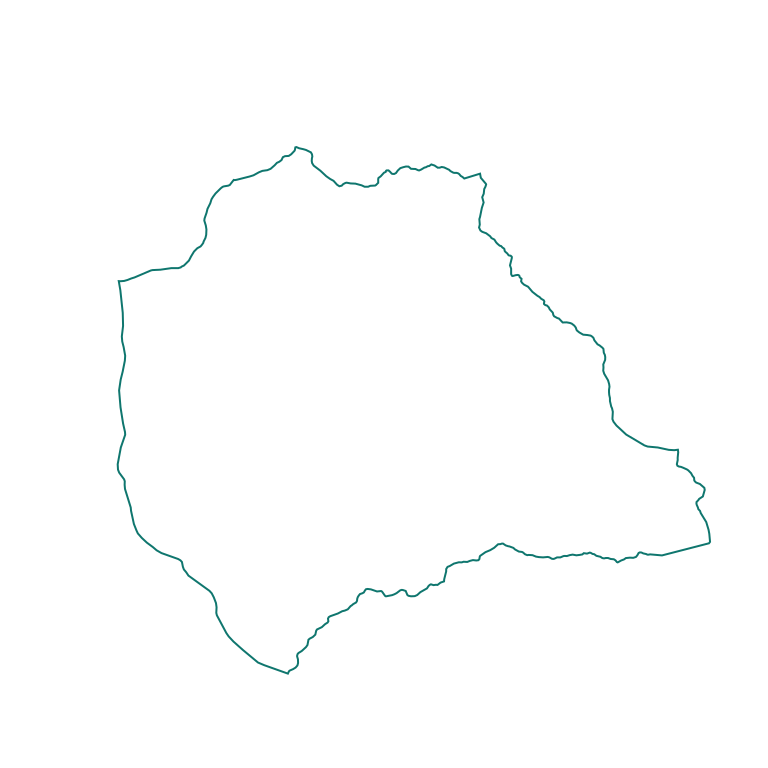 Passabe, Ambeno, East Timor (Natural Earth projection), rotated 254°
{"feature_id": "22284137B78589082369873", "entity_name": "Passabe", "entity_type": "district", "adm_level": 2, "iso_a3": "TLS", "parent_name": "East Timor", "parent_adm1": "Ambeno", "projection": "natural_earth1", "projection_center": [124.316, -9.462], "detail": "fine", "context": "isolated", "style": "outline", "palette": "teal", "viewbox_px": 768, "rotation_deg": 254, "n_neighbors": 0, "source": "geoboundaries", "source_scale": "gbopen_adm2", "svg_char_len": 6166}
<svg xmlns="http://www.w3.org/2000/svg" viewBox="0 0 768 768"><g transform="rotate(254 384 384)"><path d="M132.1,211.8L134.0,213.4L134.5,214.4L135.0,218.1L135.8,220.9L137.3,223.2L139.5,224.5L143.1,225.4L146.1,225.4L147.0,225.7L148.3,226.6L149.0,227.7L150.0,231.3L152.6,236.5L154.2,238.5L159.0,240.9L159.7,242.4L160.4,245.8L162.0,248.9L165.5,250.8L166.5,251.9L167.4,257.2L169.4,261.2L170.2,264.0L171.2,265.1L173.9,265.5L175.1,266.6L175.6,268.3L176.1,276.4L177.1,281.2L177.0,283.9L177.4,287.1L179.8,290.8L180.0,291.8L180.9,293.7L181.7,297.0L183.0,298.3L185.0,299.1L186.3,300.0L187.5,301.3L188.7,303.0L188.8,305.5L189.2,307.2L190.8,308.8L191.7,310.2L191.5,311.8L190.2,314.8L186.5,320.1L185.8,324.1L185.0,324.9L180.1,326.6L179.5,327.1L179.3,327.8L178.8,333.6L179.0,335.9L179.5,338.4L181.2,342.8L181.2,344.3L180.8,345.3L179.1,347.8L174.8,348.3L173.7,349.1L172.5,351.4L171.6,355.1L172.0,357.8L173.9,361.6L175.7,369.0L177.6,371.2L178.3,372.7L178.5,373.9L177.0,376.2L176.7,378.5L176.1,380.1L177.5,383.6L177.7,387.3L179.8,388.1L186.7,392.1L189.0,392.8L190.7,394.7L190.9,397.0L192.1,401.7L192.0,406.8L191.1,409.6L191.2,411.5L190.0,415.0L190.3,417.9L190.2,421.0L188.9,424.1L188.6,426.2L189.4,427.4L191.7,428.5L192.3,429.1L194.4,435.2L195.0,440.3L196.2,444.8L198.5,449.5L198.0,451.8L198.1,453.4L197.8,454.4L195.3,456.5L193.8,458.7L193.3,459.8L190.8,463.2L188.9,464.3L185.8,467.4L184.5,470.4L183.6,471.3L181.5,472.6L180.0,474.5L179.8,476.0L178.5,479.6L176.2,482.5L174.9,485.2L173.5,489.1L172.6,493.8L171.7,495.3L169.8,497.1L169.2,498.4L169.1,499.6L169.6,502.5L168.7,505.7L169.1,509.0L169.0,510.1L168.2,512.4L168.3,515.4L168.0,518.3L166.3,521.7L165.8,524.8L165.5,527.7L166.3,529.4L165.0,532.4L165.2,535.4L164.6,536.3L163.2,537.6L162.4,539.2L160.3,540.8L158.2,544.5L156.9,545.5L156.2,546.4L155.7,547.6L155.6,549.3L155.0,551.4L153.3,553.7L152.2,556.6L150.7,557.9L148.6,558.8L148.1,559.5L149.0,563.4L149.2,566.3L150.0,568.5L149.3,572.5L148.2,575.7L148.3,578.5L149.5,580.3L151.4,582.2L151.6,583.6L151.0,585.1L149.7,586.5L148.3,589.1L147.4,590.1L147.0,591.3L146.9,592.8L142.6,604.0L141.3,652.5L142.4,653.9L150.3,655.4L154.4,655.8L162.5,655.7L172.6,652.9L174.9,652.8L177.0,651.7L178.8,651.7L181.7,651.3L183.1,651.4L184.4,651.9L185.7,654.1L186.7,655.3L188.0,659.5L193.8,663.1L195.9,663.3L200.8,660.1L203.2,656.9L204.9,655.9L205.9,655.7L208.4,656.2L210.8,655.2L213.6,654.6L217.1,652.7L218.4,651.6L221.1,648.4L222.5,646.6L223.4,644.7L224.6,643.5L226.2,643.4L230.0,645.4L232.0,645.9L237.3,648.0L239.8,648.4L240.4,644.7L242.2,639.6L247.5,629.7L251.2,620.2L253.2,617.4L268.6,602.9L280.0,596.0L284.5,594.2L287.3,593.9L294.2,596.3L297.8,596.5L299.7,596.2L305.3,596.5L308.2,597.3L311.4,597.5L313.9,598.0L316.4,598.7L319.2,600.0L321.8,600.4L325.7,600.4L333.1,598.5L336.3,598.4L339.3,599.5L342.4,600.2L346.2,603.2L348.9,604.1L351.1,604.3L353.5,603.9L357.2,604.6L358.6,604.0L361.6,601.9L363.3,600.2L367.9,598.3L370.8,598.0L372.8,596.7L373.6,595.9L375.1,592.8L376.5,589.1L377.3,588.3L379.8,585.9L382.1,584.3L382.9,584.0L385.4,583.9L387.7,583.0L390.3,581.1L391.4,579.6L392.9,576.6L393.9,572.7L398.7,570.2L399.6,568.8L402.2,566.2L403.7,565.8L406.1,565.9L410.0,563.9L412.3,563.5L414.5,562.3L415.4,560.8L416.7,559.9L417.2,559.9L419.2,560.9L420.5,560.6L422.6,558.6L424.7,557.5L426.5,555.8L431.6,552.1L437.8,549.3L440.9,546.0L443.2,544.6L444.9,544.1L447.2,545.2L449.2,543.9L450.9,543.9L451.6,543.3L452.0,542.6L452.3,540.6L452.3,537.5L452.8,536.8L454.6,536.5L459.8,538.0L463.3,537.8L469.7,541.5L470.8,541.9L471.3,541.8L472.4,541.1L473.1,539.6L473.5,539.2L475.5,538.5L477.6,537.1L478.7,536.7L480.5,536.9L481.4,536.5L482.5,535.5L484.3,534.6L485.1,533.3L487.7,531.6L489.3,530.8L492.4,529.9L494.7,527.5L496.7,526.8L500.7,523.8L503.2,520.4L505.0,519.0L508.2,518.5L510.8,520.0L516.2,521.1L518.2,522.4L526.3,526.6L531.0,529.8L536.5,529.9L539.4,532.3L543.8,534.1L545.7,535.9L547.7,537.2L548.4,537.1L555.5,533.9L559.7,534.3L559.4,517.8L561.3,516.6L562.9,515.1L565.0,514.2L566.1,513.3L567.0,511.9L567.6,509.7L568.1,508.8L570.4,506.5L571.9,505.7L575.6,501.5L576.7,499.3L576.6,497.3L577.1,495.3L580.1,492.8L582.0,490.0L581.1,487.6L581.3,486.0L580.8,484.0L580.9,482.5L579.9,478.9L579.6,476.6L580.1,475.7L582.0,473.5L583.4,469.3L586.2,467.5L587.0,465.1L587.1,462.2L587.0,459.2L585.4,456.1L583.5,453.7L583.1,451.8L583.5,450.4L584.1,449.4L586.4,448.3L588.1,447.2L588.6,445.5L588.4,444.8L587.4,444.1L587.1,442.2L584.5,438.0L583.6,435.5L582.6,434.9L579.0,433.9L577.4,431.0L577.2,430.2L578.3,425.4L578.0,423.2L579.0,419.7L581.1,417.3L584.5,411.7L586.0,407.2L587.8,403.6L587.9,402.4L587.4,399.9L586.3,398.0L586.4,395.6L588.5,393.8L593.2,391.5L596.0,388.7L599.6,385.8L606.6,381.6L613.3,376.6L616.1,375.8L618.3,376.0L620.8,376.9L622.4,377.8L624.6,378.1L626.8,377.6L630.5,373.5L632.0,371.1L634.0,367.4L635.9,365.1L635.9,364.0L633.6,362.9L632.8,362.2L630.4,358.1L629.5,355.3L630.3,351.6L629.9,349.3L627.5,347.2L626.5,344.6L626.1,342.0L624.4,339.2L622.1,334.3L621.7,330.8L622.4,325.8L622.0,322.2L620.6,316.1L620.5,312.0L620.9,298.9L621.1,296.8L621.6,295.8L617.8,290.6L617.6,288.9L618.1,284.6L618.0,283.2L617.1,281.0L613.6,274.6L611.1,271.3L609.1,269.1L605.6,266.8L601.0,262.6L597.5,260.6L592.5,257.1L590.6,256.3L585.5,256.4L581.5,255.9L576.4,254.2L573.6,252.6L570.7,249.9L569.4,249.1L568.1,247.5L566.8,245.6L566.0,242.0L563.7,237.9L559.8,233.7L556.4,230.5L553.0,224.3L552.6,221.7L552.1,220.8L552.1,218.0L554.0,211.5L555.5,200.6L557.3,192.9L557.4,191.2L555.2,173.6L555.1,170.0L554.7,166.2L554.7,162.6L555.5,158.7L556.0,157.4L546.8,156.4L524.5,152.5L511.8,149.2L502.0,145.1L497.0,144.1L491.2,143.9L482.5,143.0L477.8,141.3L467.9,136.2L460.8,132.1L450.9,127.6L434.2,124.3L417.9,122.3L409.2,121.8L406.5,121.2L395.5,113.5L380.3,105.9L375.0,104.7L371.8,105.0L364.0,107.9L362.0,108.0L358.6,106.9L354.5,106.1L335.1,106.5L331.9,105.9L318.4,105.0L311.3,105.7L308.2,106.2L302.9,108.7L296.9,112.3L290.9,116.9L286.8,119.6L282.8,123.5L272.5,137.9L270.6,139.7L268.6,140.7L263.7,140.3L260.9,140.5L257.5,142.0L253.7,143.2L233.3,159.2L230.3,160.7L225.8,161.6L219.7,162.1L215.5,161.5L210.2,159.7L207.7,159.6L188.1,163.8L184.2,165.1L177.9,168.3L167.3,175.0L151.0,186.1L146.7,191.4L132.1,211.8Z" fill="none" stroke="#0f766e" stroke-width="2"/></g></svg>